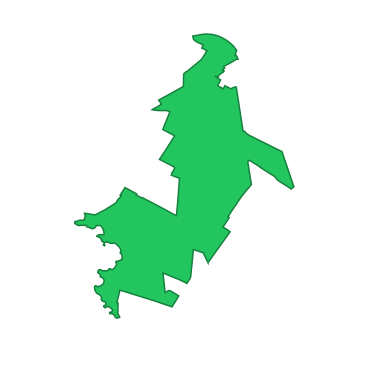 the district of Lumina, Constanta, Romania, rotated 212°
{"feature_id": "2599482B21068829002517", "entity_name": "Lumina", "entity_type": "district", "adm_level": 2, "iso_a3": "ROU", "parent_name": "Romania", "parent_adm1": "Constanta", "projection": "natural_earth1", "projection_center": [28.555, 44.326], "detail": "fine", "context": "isolated", "style": "filled", "palette": "green", "viewbox_px": 384, "rotation_deg": 212, "n_neighbors": 0, "source": "geoboundaries", "source_scale": "gbopen_adm2", "svg_char_len": 5832}
<svg xmlns="http://www.w3.org/2000/svg" viewBox="0 0 384 384"><g transform="rotate(212 192 192)"><path d="M108.6,250.6L137.2,274.0L139.0,273.7L173.4,270.4L174.8,270.4L176.3,270.5L178.0,270.8L179.7,271.3L180.0,271.2L180.9,270.6L210.1,304.5L211.3,303.7L212.1,302.9L213.7,300.1L220.4,299.6L220.2,296.1L226.6,295.8L227.1,302.2L230.2,302.1L230.2,302.5L233.2,302.4L233.2,302.8L230.8,302.9L231.0,305.1L229.5,309.8L229.1,309.8L228.9,311.7L230.3,311.9L231.0,311.8L230.7,312.5L230.0,314.2L230.0,314.5L231.6,315.3L226.4,324.5L224.7,328.1L223.4,329.0L225.5,330.7L225.9,330.9L226.4,331.0L227.6,330.6L227.9,331.8L228.2,331.8L229.3,335.9L234.3,337.7L239.5,338.7L244.8,339.0L250.2,338.5L252.5,338.1L255.8,337.2L258.6,336.2L262.5,334.2L264.3,333.1L265.9,331.9L267.8,330.3L274.0,324.6L271.5,322.2L267.5,321.7L260.4,322.7L259.9,319.2L254.4,319.8L254.5,319.2L254.1,319.2L254.2,309.7L254.4,308.8L257.6,299.2L260.3,290.9L260.8,290.8L261.0,290.3L261.0,290.1L261.1,289.5L261.5,288.1L261.5,287.8L261.2,287.0L257.2,280.3L255.3,276.9L260.5,267.3L269.0,252.3L264.5,250.2L266.3,246.3L269.0,241.6L269.4,240.7L268.0,241.2L264.1,243.0L258.4,246.5L257.5,247.2L255.2,248.0L253.5,248.2L253.0,246.9L249.9,229.5L236.5,230.5L236.6,215.6L236.9,202.4L225.7,203.4L220.9,203.7L219.3,203.1L219.1,197.2L218.4,195.3L209.9,197.0L197.7,173.8L192.9,164.0L192.7,163.8L192.7,163.5L207.3,162.7L231.2,160.9L231.2,160.3L237.8,160.0L237.9,161.1L251.1,160.3L251.3,151.3L249.9,151.4L250.9,145.5L250.7,142.7L252.2,139.4L256.5,130.6L259.9,124.8L262.3,121.1L272.0,117.0L271.7,116.6L271.3,116.6L270.1,115.4L269.8,114.9L269.4,114.0L269.4,113.6L268.8,111.7L268.9,110.9L269.0,110.9L269.2,110.6L269.5,110.2L271.1,109.3L271.7,109.0L272.2,108.5L272.8,108.1L273.6,107.0L273.5,106.7L273.9,106.2L274.5,105.6L275.2,105.4L275.6,105.1L275.4,104.7L275.1,104.6L275.3,104.3L275.3,104.0L274.7,103.5L274.8,103.3L274.5,103.1L274.2,103.2L273.3,103.2L272.5,103.3L272.4,103.2L272.1,103.2L270.6,103.3L270.0,103.7L270.0,103.9L269.5,104.2L269.1,104.5L268.8,104.6L267.9,105.2L267.7,105.4L267.6,105.6L266.7,106.1L266.1,106.5L265.7,106.5L265.2,106.7L265.1,107.0L264.8,107.2L263.5,107.7L263.1,107.6L262.3,107.3L262.2,107.1L262.2,106.9L261.9,107.2L261.6,107.3L260.1,107.3L259.7,107.4L259.4,107.7L258.8,107.6L258.5,107.8L257.2,108.0L256.9,108.2L256.3,108.7L255.9,109.2L255.4,110.1L255.2,112.9L253.8,113.8L253.4,114.1L253.1,114.4L252.6,114.7L251.7,114.8L250.8,114.8L249.7,114.5L248.5,114.0L248.5,113.8L248.5,113.7L248.0,113.5L245.8,111.7L244.6,110.2L244.2,109.4L244.2,109.1L245.0,108.5L246.1,108.0L246.7,107.5L247.4,107.0L248.0,106.6L248.2,106.3L248.6,105.9L248.7,105.6L248.9,105.3L248.9,105.2L249.1,105.0L249.4,104.5L249.3,104.1L249.2,103.9L248.7,103.9L247.8,104.2L247.3,104.4L246.3,104.5L245.9,104.4L245.5,104.4L244.9,104.0L244.5,104.1L244.4,104.0L244.1,103.9L243.8,104.0L243.3,104.0L242.9,103.6L242.8,102.7L242.5,102.5L242.1,102.6L241.8,102.6L241.6,102.5L241.1,102.7L239.9,102.2L239.2,101.7L238.7,100.9L238.7,100.6L239.0,100.4L238.9,100.3L238.9,100.1L238.7,100.2L238.3,100.1L237.9,100.3L237.6,100.2L237.5,100.4L238.3,100.7L238.7,101.3L239.1,102.1L239.2,102.6L238.9,103.5L238.6,103.8L237.9,104.4L236.9,104.7L236.4,105.0L235.8,105.1L234.8,105.0L234.3,105.2L232.8,106.1L231.9,106.4L231.3,107.0L230.9,107.6L230.4,107.8L229.0,107.7L227.0,107.3L224.0,106.5L222.5,105.8L220.3,103.6L220.9,103.1L220.9,102.8L220.8,102.5L220.4,102.2L219.2,102.0L218.2,101.5L217.9,101.2L217.0,100.1L216.8,99.9L216.6,99.9L216.1,98.8L215.9,98.7L215.8,98.2L216.0,97.8L215.8,97.8L216.2,96.5L216.4,96.2L216.7,96.1L216.8,95.9L216.8,95.6L217.0,95.4L217.4,95.1L218.2,94.3L218.2,94.2L218.4,94.0L218.4,93.7L218.6,93.3L218.9,93.1L219.3,93.3L219.5,93.1L219.5,92.3L218.6,91.5L218.4,91.5L217.8,90.8L217.5,89.4L217.4,87.5L217.6,86.1L217.9,85.2L218.5,83.9L219.0,83.9L219.5,83.5L220.1,83.4L220.4,83.5L220.5,83.3L221.1,83.4L221.4,82.9L221.7,81.8L222.4,80.0L222.8,79.6L223.1,79.4L223.2,79.5L223.5,79.3L223.8,79.3L224.7,78.8L225.8,77.7L226.1,77.8L228.3,77.7L228.8,77.5L229.0,77.2L229.3,77.2L229.8,76.4L229.7,76.2L229.7,75.7L229.9,75.2L229.3,73.9L229.0,73.7L228.4,73.7L228.1,73.5L227.5,73.6L226.3,73.2L226.1,73.2L225.6,72.9L225.1,71.6L222.1,71.8L220.6,71.2L219.8,70.5L219.1,69.3L218.9,68.6L218.7,67.1L218.8,66.1L219.1,65.8L219.3,64.5L220.3,63.6L221.6,61.6L223.7,61.6L224.2,61.3L224.5,60.7L224.4,60.1L224.2,59.9L224.2,59.7L224.0,59.1L223.6,58.6L222.0,57.1L221.2,56.7L220.6,56.3L219.5,55.9L218.1,55.6L217.4,55.7L216.8,56.0L216.2,55.9L215.5,55.7L215.0,55.8L214.7,55.7L213.7,55.1L212.4,54.4L212.2,54.1L212.3,53.3L212.0,52.8L211.6,52.5L211.0,52.2L210.2,52.0L209.8,52.1L209.0,52.1L208.0,52.7L206.9,52.5L206.6,52.4L206.0,51.7L205.6,51.1L205.6,50.1L206.4,49.0L206.5,48.7L206.4,48.4L205.9,47.9L205.6,47.9L205.0,47.7L204.5,47.8L204.2,48.1L203.5,49.3L202.0,50.8L201.6,50.9L200.2,50.3L199.2,50.7L198.7,50.6L198.1,50.2L197.3,50.1L196.5,49.5L196.7,47.5L197.2,47.2L197.6,46.5L198.0,46.2L197.8,45.8L197.0,45.2L196.0,46.0L195.8,46.5L195.1,46.7L194.3,46.5L192.7,46.2L192.2,46.4L191.4,45.9L190.8,45.0L190.5,45.1L189.3,45.2L189.0,45.1L187.1,47.1L186.9,47.6L189.6,49.1L190.6,49.7L192.0,52.3L192.7,53.2L193.5,54.7L195.3,57.7L195.8,58.6L196.0,58.7L196.3,58.7L196.7,58.4L197.1,58.4L201.1,70.6L166.8,79.6L148.1,84.0L148.1,96.9L155.4,96.8L157.9,96.7L158.6,96.5L159.4,96.2L159.7,95.9L160.1,95.2L160.6,93.7L161.0,93.0L161.5,92.5L173.7,107.9L156.5,110.9L149.3,111.7L148.5,111.7L148.3,111.6L147.9,111.6L147.9,118.5L148.3,119.6L160.3,143.9L150.3,146.4L140.9,140.5L141.0,140.7L138.6,178.5L142.3,178.7L147.1,178.7L146.9,190.1L148.3,190.1L148.3,196.6L148.1,202.1L148.0,203.1L147.9,207.8L147.6,214.3L147.1,219.0L145.7,229.0L145.5,229.6L145.6,229.8L160.8,247.3L160.2,249.3L147.7,249.3L147.1,249.4L147.1,249.0L130.0,248.9L129.8,248.8L126.7,247.7L124.4,247.3L113.0,247.3L110.8,247.2L110.0,246.9L109.7,246.9L108.9,248.7L108.4,250.6L108.6,250.6Z" fill="#22c55e" stroke="#15803d" stroke-width="1.5"/></g></svg>